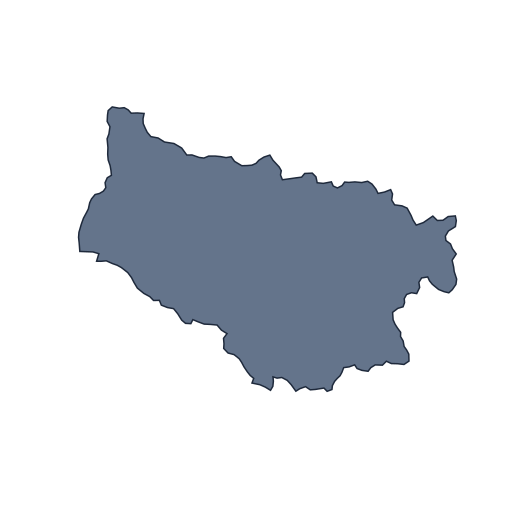 outline of Ribeirão Grande, São Paulo, Brazil, rotated 294°
{"feature_id": "56859067B45987470635802", "entity_name": "Ribeirão Grande", "entity_type": "district", "adm_level": 2, "iso_a3": "BRA", "parent_name": "Brazil", "parent_adm1": "São Paulo", "projection": "albers", "projection_center": [-48.356, -24.183], "detail": "fine", "context": "isolated", "style": "filled", "palette": "slate", "viewbox_px": 512, "rotation_deg": 294, "n_neighbors": 0, "source": "geoboundaries", "source_scale": "gbopen_adm2", "svg_char_len": 2821}
<svg xmlns="http://www.w3.org/2000/svg" viewBox="0 0 512 512"><g transform="rotate(294 256 256)"><path d="M174.2,254.6L173.3,261.1L167.6,259.8L162.7,262.5L158.4,264.1L156.0,269.9L157.0,276.1L155.3,282.5L153.0,286.1L149.8,290.2L146.6,295.3L144.5,299.3L143.3,303.7L138.3,304.0L140.0,311.9L140.0,317.9L139.2,323.9L143.8,324.4L148.7,322.8L152.5,320.7L153.0,324.9L155.5,329.0L155.1,335.1L152.8,340.4L148.7,347.4L152.6,350.0L156.8,354.4L155.8,360.0L158.2,364.4L163.0,371.8L161.3,376.0L164.9,379.7L168.7,378.5L173.4,378.8L177.2,380.0L180.8,381.5L184.8,381.8L189.7,381.5L192.6,386.2L196.7,390.4L194.3,394.1L194.6,399.3L196.3,405.3L200.7,406.3L205.0,409.2L207.7,415.9L212.9,417.9L212.8,423.4L215.2,429.2L217.1,435.3L222.2,438.5L228.5,435.5L231.4,431.8L233.6,428.1L238.2,425.0L241.2,420.8L245.1,419.2L247.9,414.3L250.3,410.7L253.5,407.2L260.1,403.7L265.9,406.9L269.4,411.0L273.8,410.7L277.3,408.8L282.1,409.2L285.7,413.0L287.0,418.1L293.8,418.3L298.2,415.5L303.3,416.2L306.7,421.4L303.9,424.6L301.8,428.7L299.7,436.4L299.9,442.3L300.8,447.1L305.0,449.0L311.4,450.2L316.5,448.7L322.4,443.4L326.4,441.0L331.9,436.9L339.3,438.1L342.5,432.5L346.1,428.8L347.4,423.2L351.2,420.9L357.1,421.6L364.0,426.2L369.8,424.6L373.7,421.8L370.2,415.5L364.7,412.3L362.2,407.2L364.4,401.3L354.6,395.3L349.4,389.8L352.7,384.8L356.1,381.2L361.2,374.6L361.2,369.0L359.1,361.8L362.3,357.2L368.2,355.5L371.4,352.0L366.7,347.4L362.8,342.0L365.9,338.3L368.9,332.7L369.7,327.6L366.1,322.7L363.9,316.2L361.0,310.9L359.6,306.9L355.3,306.0L351.3,302.7L351.3,298.1L354.4,294.7L349.7,287.9L347.8,282.1L352.7,278.6L354.6,273.7L351.2,266.9L346.6,265.6L343.5,260.5L339.8,254.6L336.4,249.1L340.0,245.4L344.2,244.4L346.8,240.9L348.5,236.9L350.4,232.5L353.8,227.6L349.6,223.0L344.7,219.7L340.7,218.4L337.3,215.3L335.0,211.1L332.7,206.3L333.7,197.9L336.6,193.0L333.7,188.6L332.4,183.2L330.7,178.1L328.0,172.1L324.3,168.6L322.9,163.9L322.3,156.5L320.1,151.7L324.4,144.2L325.4,135.3L322.9,126.0L324.0,118.6L322.3,111.4L324.8,106.3L327.7,102.8L331.1,99.1L335.3,97.0L340.7,95.8L338.4,89.4L335.7,83.9L337.5,79.8L337.9,75.3L335.4,71.0L333.7,64.0L328.7,61.8L324.4,63.0L318.4,65.3L314.7,70.0L307.6,72.0L302.5,72.3L294.9,76.6L288.7,79.1L283.6,81.9L279.2,86.0L275.0,88.8L270.9,91.1L267.0,88.3L261.6,88.3L257.3,91.0L253.2,90.2L249.5,87.6L246.7,84.0L241.2,82.5L237.1,82.4L230.8,83.7L226.9,83.5L220.4,83.0L213.8,83.5L205.7,84.6L200.9,86.3L196.1,89.1L188.5,93.2L190.3,97.7L193.4,105.4L194.2,111.5L186.4,112.5L188.1,116.5L190.7,121.2L190.7,127.9L191.1,133.0L190.7,137.6L188.7,145.6L185.6,151.1L182.2,155.3L178.4,160.7L176.2,168.8L175.7,175.5L173.7,180.5L176.2,185.8L172.6,189.5L172.9,196.1L174.4,202.1L171.4,208.0L167.2,214.2L165.8,219.0L167.7,224.0L172.2,224.2L172.3,229.2L172.7,236.3L174.9,242.0L177.1,248.5L174.2,254.6Z" fill="#64748b" stroke="#1e293b" stroke-width="1.5"/></g></svg>